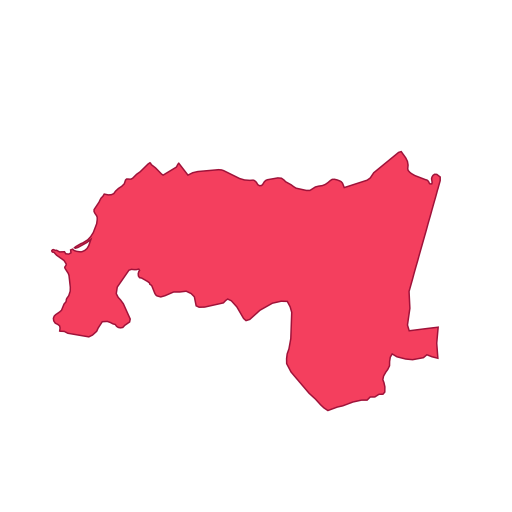 outline of Oriental, rotated 283°
{"feature_id": "MAR-1454", "entity_name": "Oriental", "entity_type": "Region", "adm_level": 1, "iso_a3": "MAR", "parent_name": "Morocco", "parent_adm1": "", "projection": "robinson", "projection_center": [-2.611, 33.589], "detail": "fine", "context": "isolated", "style": "filled", "palette": "rose", "viewbox_px": 512, "rotation_deg": 283, "n_neighbors": 0, "source": "natural_earth", "source_scale": "10m", "svg_char_len": 3866}
<svg xmlns="http://www.w3.org/2000/svg" viewBox="0 0 512 512"><g transform="rotate(283 256 256)"><path d="M217.1,68.4L215.4,70.1L215.7,73.1L217.5,75.0L220.2,74.0L221.5,75.9L220.7,76.8L220.3,78.5L220.2,80.3L220.5,83.7L220.9,85.2L221.7,86.4L223.0,88.0L225.3,89.7L228.5,90.7L235.0,91.4L231.1,88.2L224.2,80.5L222.9,78.2L223.3,77.3L224.6,78.3L228.9,82.9L229.6,84.1L233.9,88.4L237.7,90.6L242.3,92.2L251.6,93.5L255.7,93.1L257.9,92.6L259.3,91.7L261.2,89.6L262.9,88.2L264.8,87.8L273.3,91.0L275.3,91.4L277.5,92.0L279.8,93.4L282.2,94.2L282.3,98.4L283.2,101.3L284.8,103.4L287.5,104.5L290.9,106.8L293.7,109.5L296.7,111.4L300.7,111.8L301.9,112.6L302.2,113.9L302.4,115.4L302.8,116.9L304.0,118.3L308.8,121.3L311.9,124.1L321.3,130.1L323.0,131.7L322.6,132.5L321.5,133.4L319.3,138.2L314.6,145.5L313.9,147.3L324.7,158.4L328.0,159.3L329.0,159.9L319.5,171.5L322.9,175.6L325.2,180.3L331.7,200.2L331.9,201.7L332.1,203.1L331.9,205.3L327.8,222.6L327.5,227.7L328.3,233.0L329.3,236.2L329.2,237.3L328.5,238.9L327.6,240.1L326.6,241.0L325.7,242.1L325.3,243.7L325.9,245.5L327.2,246.4L330.4,247.5L332.0,248.7L332.9,250.0L337.0,259.7L337.5,263.3L336.3,266.2L335.0,268.2L333.3,274.2L332.1,276.9L331.1,279.7L331.2,290.3L332.0,293.8L336.6,298.3L338.2,301.4L339.5,304.8L341.3,307.4L343.7,309.6L346.3,311.5L347.8,313.0L348.4,315.2L348.4,317.8L348.1,320.1L347.9,321.2L347.6,322.2L347.0,323.1L346.4,323.9L342.5,326.6L354.9,347.3L357.8,349.8L363.6,352.0L389.0,371.6L390.4,374.0L385.2,379.9L382.2,382.3L378.8,383.7L375.1,384.2L373.6,385.0L372.2,386.9L371.3,388.8L370.1,392.7L368.7,402.6L368.5,403.9L368.5,404.8L368.4,405.7L367.8,406.8L367.3,407.4L365.8,408.6L365.4,409.3L365.8,411.0L367.3,411.1L370.7,409.7L372.4,409.7L374.3,410.3L375.8,411.6L376.2,413.8L374.4,417.7L370.9,418.5L364.0,418.2L363.3,418.2L361.1,418.0L357.7,417.9L353.1,417.7L347.6,417.4L341.3,417.1L334.3,416.8L326.9,416.4L319.1,416.1L311.2,415.7L303.2,415.3L295.3,414.9L287.8,414.6L280.7,414.2L274.2,413.9L268.4,413.7L255.9,413.1L239.6,417.7L222.8,419.1L217.6,422.1L223.8,438.9L227.6,449.5L211.7,451.7L197.3,456.2L197.4,450.2L198.2,444.7L194.6,442.0L190.2,431.9L189.3,425.0L189.5,416.0L191.2,410.7L187.6,409.6L183.3,409.9L179.1,410.8L175.1,409.9L172.1,408.6L167.7,407.3L164.0,407.4L161.5,409.1L157.5,411.0L152.4,412.1L149.9,410.8L148.9,406.9L145.4,403.5L144.3,399.0L140.6,396.7L139.3,391.2L135.5,383.2L129.5,374.2L127.1,369.2L121.6,360.8L123.3,356.3L125.5,352.5L129.9,346.2L134.2,338.6L150.8,316.3L158.0,310.1L162.8,308.9L167.6,308.4L173.0,309.0L183.3,308.5L209.1,303.5L214.2,300.7L218.8,296.7L217.6,290.7L213.7,282.6L204.1,272.1L192.8,264.2L190.8,260.8L192.3,258.0L202.1,248.8L206.8,242.1L207.7,238.1L205.9,236.5L203.0,234.8L194.7,217.5L193.3,212.1L194.0,208.9L202.4,205.1L204.8,201.3L206.0,195.9L203.8,189.8L202.4,183.8L196.8,176.2L194.7,172.4L194.8,169.5L194.9,168.3L195.6,167.0L197.0,165.7L203.5,161.2L204.1,160.3L204.4,159.5L204.7,158.8L205.7,158.3L206.1,157.9L206.3,157.0L206.6,156.7L208.8,149.5L208.7,147.4L210.1,145.9L212.3,145.2L214.4,145.3L215.8,145.8L216.9,144.7L215.8,142.5L215.3,140.3L215.0,137.7L213.6,135.4L194.5,127.8L187.9,128.3L184.7,131.0L182.7,133.9L179.6,137.5L166.3,147.6L163.3,147.7L158.9,143.7L156.4,142.3L155.5,140.1L155.4,137.9L156.1,136.0L157.6,134.3L157.7,131.9L158.5,128.8L158.8,125.8L157.4,121.0L150.3,118.4L146.8,117.7L142.2,114.5L139.6,111.3L138.4,90.0L139.4,86.2L138.7,82.3L138.7,81.6L141.8,81.3L143.8,80.3L144.7,78.4L145.4,75.5L147.3,73.5L149.7,72.6L152.0,72.9L153.8,74.0L157.5,77.4L159.4,78.7L166.1,79.8L168.5,81.1L169.6,81.2L170.7,81.0L171.7,81.1L172.7,81.4L174.5,82.2L175.4,82.5L179.9,82.9L183.8,82.1L194.9,78.2L196.8,77.0L200.9,72.8L201.9,72.2L202.6,72.3L203.4,72.7L204.4,73.0L205.5,72.9L208.4,70.0L211.9,61.5L214.2,58.2L214.0,57.1L214.4,56.2L215.3,55.8L216.3,56.4L216.7,57.3L216.3,59.1L216.7,60.4L215.8,63.7L216.9,67.8L217.1,68.3L217.1,68.4Z" fill="#f43f5e" stroke="#9f1239" stroke-width="1.5"/></g></svg>